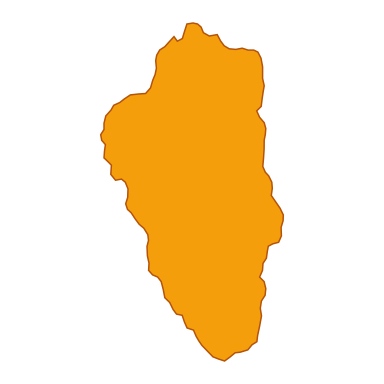 Casa Grande, Minas Gerais, Brazil
{"feature_id": "56859067B9133009915462", "entity_name": "Casa Grande", "entity_type": "district", "adm_level": 2, "iso_a3": "BRA", "parent_name": "Brazil", "parent_adm1": "Minas Gerais", "projection": "equal_earth", "projection_center": [-43.938, -20.84], "detail": "fine", "context": "isolated", "style": "filled", "palette": "amber", "viewbox_px": 384, "rotation_deg": 0, "n_neighbors": 0, "source": "geoboundaries", "source_scale": "gbopen_adm2", "svg_char_len": 1678}
<svg xmlns="http://www.w3.org/2000/svg" viewBox="0 0 384 384"><path d="M264.1,281.6L259.6,277.1L262.5,270.4L263.0,263.4L266.4,258.2L267.3,251.6L268.3,246.2L272.9,243.8L278.6,242.3L281.4,235.9L281.1,227.4L283.1,220.7L283.3,214.9L280.1,208.3L275.7,201.9L271.3,195.5L272.3,188.3L271.8,182.2L268.7,175.9L265.3,172.2L262.8,166.5L263.5,158.5L264.1,149.2L264.2,140.1L265.3,134.6L265.8,128.5L264.2,122.7L259.6,117.3L256.7,110.9L261.2,106.4L262.1,99.1L263.1,92.2L264.2,85.8L262.6,78.4L262.6,66.8L261.0,58.2L257.9,52.1L253.8,50.1L248.1,50.1L242.2,48.2L235.9,49.4L229.2,48.8L224.2,45.8L220.6,41.0L217.2,34.6L209.3,36.0L203.4,32.7L201.1,27.1L197.6,24.0L193.0,23.0L186.9,24.0L184.4,31.8L182.4,38.5L177.3,41.2L174.0,36.6L169.2,41.8L164.8,46.7L159.7,50.0L156.7,55.2L155.7,60.6L156.4,68.2L155.1,74.6L152.8,80.1L150.5,87.9L145.6,93.5L138.5,94.0L130.4,94.9L124.5,98.8L119.8,102.5L113.7,105.3L111.0,110.1L105.8,115.9L104.0,123.3L104.0,129.5L100.7,134.7L101.7,140.3L105.4,144.6L104.5,151.0L104.0,157.9L108.1,161.8L111.4,165.2L110.8,174.4L115.5,180.2L121.5,179.1L125.3,182.2L128.0,188.9L127.7,197.3L125.7,203.8L127.5,209.4L131.2,212.8L135.2,218.9L139.2,224.3L143.8,228.2L147.8,234.6L148.5,240.4L147.0,246.4L147.4,255.9L149.0,263.2L148.6,270.4L152.6,274.9L157.6,277.0L161.2,281.6L163.2,289.3L164.8,297.7L169.7,302.5L173.1,309.5L176.5,314.1L182.2,315.3L184.4,321.9L187.1,328.0L193.5,330.1L196.2,336.4L198.9,341.0L202.0,345.5L207.9,351.6L212.9,356.8L218.5,359.0L224.6,361.0L229.9,357.1L235.1,352.8L240.2,352.2L247.8,349.9L252.1,344.7L256.9,341.7L257.6,335.6L259.6,326.2L261.5,315.9L260.3,308.3L261.4,301.0L265.1,295.3L265.8,288.6L264.1,281.6Z" fill="#f59e0b" stroke="#b45309" stroke-width="1.5"/></svg>